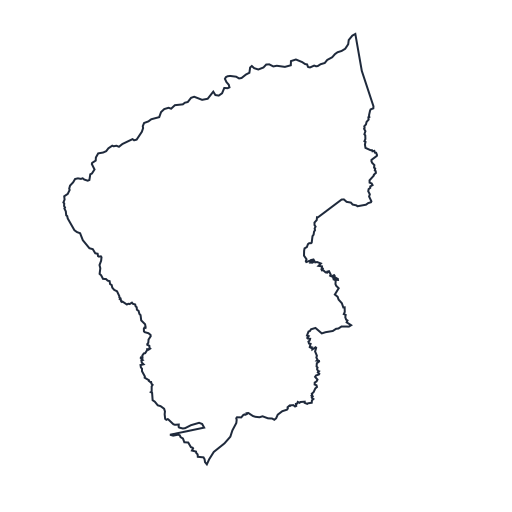 outline of Aripuanã, Mato Grosso, Brazil, rotated 71°
{"feature_id": "56859067B70029021148533", "entity_name": "Aripuanã", "entity_type": "district", "adm_level": 2, "iso_a3": "BRA", "parent_name": "Brazil", "parent_adm1": "Mato Grosso", "projection": "robinson", "projection_center": [-59.67, -10.104], "detail": "fine", "context": "isolated", "style": "outline", "palette": "slate", "viewbox_px": 512, "rotation_deg": 71, "n_neighbors": 0, "source": "geoboundaries", "source_scale": "gbopen_adm2", "svg_char_len": 6088}
<svg xmlns="http://www.w3.org/2000/svg" viewBox="0 0 512 512"><g transform="rotate(71 256 256)"><path d="M303.7,186.7L302.0,188.1L302.5,189.5L303.5,189.5L303.4,190.2L301.5,190.1L301.0,188.4L300.3,188.1L299.5,188.4L299.9,191.2L298.8,192.3L297.9,191.4L294.1,191.9L294.0,193.4L294.7,193.3L295.0,194.0L294.2,195.5L291.3,197.1L291.1,198.3L290.1,198.4L290.2,197.5L289.6,196.9L288.6,197.6L287.3,197.0L285.7,200.1L284.2,197.1L281.6,200.2L281.3,202.1L278.0,202.8L277.8,204.6L280.4,203.9L280.7,204.7L279.9,206.9L278.8,206.0L278.0,206.1L278.1,210.4L277.1,210.6L275.5,209.3L271.3,210.5L266.7,208.8L264.6,207.6L264.1,205.0L261.7,203.0L261.2,201.5L261.8,199.8L261.5,199.0L255.6,196.1L254.6,194.6L251.9,193.2L250.8,191.8L249.1,191.6L247.6,190.1L245.8,190.6L243.4,189.8L241.8,186.9L239.2,185.7L239.6,184.8L230.5,156.7L231.1,154.5L234.3,152.7L236.4,148.9L238.8,147.9L240.9,144.5L242.0,143.9L243.3,135.3L242.5,132.7L242.6,129.8L241.9,129.1L236.6,129.7L234.7,128.3L231.3,128.8L229.4,127.7L228.8,125.8L227.4,125.3L226.9,122.7L225.1,123.0L223.6,124.7L221.4,124.0L218.3,118.4L217.5,118.1L216.5,115.6L214.7,115.2L213.7,115.8L212.1,114.8L210.9,115.6L208.6,114.5L205.6,115.9L203.9,116.0L202.7,115.5L200.7,109.2L200.0,108.7L197.5,108.8L197.0,109.9L195.1,109.9L194.9,111.8L193.7,111.9L193.2,113.3L189.4,117.3L186.0,116.7L183.8,115.3L182.8,116.1L181.0,114.5L177.5,113.4L176.2,113.9L173.6,111.9L170.9,112.4L170.3,111.6L168.6,111.4L167.4,109.2L165.2,107.8L163.7,105.1L161.7,104.7L161.2,104.3L161.4,103.6L159.7,103.3L155.8,100.9L154.7,99.9L154.6,97.0L152.7,96.2L115.4,95.7L78.4,89.8L79.0,93.2L82.0,98.0L85.8,99.9L89.1,104.2L90.0,108.3L89.9,112.6L90.8,115.6L92.9,119.3L93.8,124.8L95.9,128.2L95.7,132.5L96.5,135.8L96.2,137.4L94.9,139.0L95.3,143.4L94.9,144.3L94.1,145.3L91.5,145.3L90.5,147.1L87.7,149.2L83.2,154.3L83.1,159.5L87.0,161.0L86.6,167.1L82.9,174.4L82.4,177.9L79.1,181.1L78.3,184.0L80.2,187.6L80.4,193.1L77.8,196.6L75.0,198.1L75.9,200.2L80.6,202.6L81.1,206.3L83.0,211.7L82.6,214.2L80.0,216.4L77.3,221.9L76.8,224.4L77.1,226.3L78.4,227.7L82.0,227.3L85.2,226.0L87.9,226.2L88.1,228.2L86.8,231.3L91.1,235.1L92.2,239.0L90.6,242.0L86.7,242.9L91.6,250.5L90.8,256.1L85.3,262.6L85.3,265.9L88.2,270.4L87.9,273.4L88.8,275.8L87.0,283.6L89.1,288.3L87.4,290.4L87.2,294.9L89.0,298.9L93.2,302.3L92.6,310.5L93.7,313.9L93.8,318.5L96.4,320.8L98.3,321.1L101.4,323.5L107.1,331.0L106.9,333.6L105.3,334.7L106.6,345.8L108.1,350.0L106.3,352.1L105.9,354.9L104.9,356.0L106.1,360.5L108.1,363.5L108.4,366.8L107.6,371.8L110.7,375.3L113.6,376.5L114.6,380.6L115.6,381.3L121.6,380.5L124.6,384.3L124.8,386.1L129.9,388.8L130.0,390.6L127.8,393.5L126.1,394.6L126.1,396.4L124.6,399.1L124.3,402.0L126.8,404.9L128.9,408.9L131.5,410.7L132.9,410.7L136.0,413.8L137.1,417.9L140.3,418.6L142.7,420.7L143.8,420.2L146.3,421.2L148.0,420.8L148.7,421.7L151.8,421.3L155.8,422.2L156.8,421.5L159.2,421.8L172.5,419.3L175.1,417.5L177.2,414.9L184.7,414.6L194.4,411.0L196.4,408.1L201.1,407.1L202.3,405.0L204.7,405.4L205.4,404.8L205.8,402.8L206.9,402.5L210.1,404.0L213.6,406.9L216.9,407.2L222.0,409.7L223.8,408.7L227.8,408.1L229.0,405.3L231.0,404.3L232.1,402.6L235.0,403.1L236.5,401.9L239.1,402.2L241.9,401.1L244.1,398.9L249.5,398.3L250.7,398.7L251.9,397.9L252.5,398.8L253.6,398.0L255.1,398.3L255.8,397.8L255.6,397.1L259.8,393.9L259.6,392.3L260.3,391.1L259.7,388.5L261.1,388.0L262.5,386.0L264.4,386.2L265.6,385.5L268.0,386.1L269.6,384.9L272.8,385.1L274.3,384.4L279.5,385.5L284.4,383.1L287.3,383.5L288.0,383.9L287.4,384.8L288.2,385.7L290.8,386.5L291.8,386.0L294.0,382.8L296.3,381.4L297.6,381.7L300.0,384.8L303.0,386.1L303.9,387.5L304.6,387.7L306.1,386.1L308.4,386.6L309.1,386.2L309.6,388.1L308.9,388.4L308.7,389.3L309.4,389.4L311.8,392.4L311.6,393.8L313.1,395.9L315.1,396.4L314.4,397.8L314.9,398.2L317.5,397.0L317.5,398.4L319.5,398.7L321.8,397.6L321.5,400.7L323.9,401.1L325.5,400.5L327.8,401.3L333.7,400.3L334.8,400.9L338.6,397.7L339.2,398.0L341.0,396.8L341.1,396.2L342.8,396.4L344.2,395.7L345.3,397.1L350.3,398.8L350.5,399.7L351.6,398.8L358.7,400.7L360.8,399.1L365.2,397.5L366.9,395.1L370.5,392.6L373.3,392.7L375.9,393.9L380.4,394.9L381.7,394.1L381.5,392.5L382.2,392.0L388.2,388.9L389.2,387.6L390.2,383.9L392.4,384.8L393.2,384.5L395.3,381.3L395.7,379.1L394.8,372.5L395.2,364.1L397.3,361.6L401.4,360.9L397.0,395.5L398.9,392.8L399.6,387.7L400.8,386.4L402.7,386.3L404.8,384.5L408.8,384.4L410.3,380.8L415.5,379.8L416.7,378.3L417.4,378.1L419.1,379.9L421.4,376.4L422.8,376.6L424.6,375.8L426.9,376.4L429.3,371.2L431.4,370.8L434.3,371.3L437.0,370.3L432.9,366.4L427.5,359.7L422.9,346.8L418.5,339.1L413.2,335.1L407.5,329.0L404.6,327.6L403.0,327.5L402.3,326.5L403.8,322.5L402.1,319.6L402.1,318.3L402.6,318.0L402.5,316.2L401.6,316.1L401.9,314.4L406.3,311.0L407.8,309.0L409.6,305.2L409.7,302.0L413.4,297.5L414.9,293.7L416.8,292.0L416.0,289.8L413.1,287.1L411.3,281.7L411.4,276.8L410.6,275.6L409.3,275.4L408.5,273.4L408.8,272.8L408.3,272.5L409.2,269.2L411.0,268.1L410.9,266.8L408.8,266.4L408.9,265.0L407.6,264.0L409.0,262.6L408.5,261.6L409.6,257.4L410.7,257.8L412.5,255.7L412.2,254.8L412.9,251.1L410.7,250.1L409.9,248.3L408.4,249.3L407.6,249.3L407.2,248.2L406.1,248.8L405.9,248.1L404.4,248.1L403.5,245.9L400.5,243.0L399.7,241.0L397.9,240.9L396.6,242.4L394.8,241.7L394.3,239.6L392.9,238.1L389.5,239.5L388.5,238.1L388.5,235.1L388.0,234.5L386.2,235.4L385.5,234.0L384.8,234.8L382.8,235.1L381.5,234.1L380.2,234.7L377.2,233.4L376.3,230.7L375.7,230.6L374.7,232.6L374.2,231.6L371.7,232.0L370.1,230.9L365.5,231.2L362.4,229.0L361.7,229.4L362.7,233.2L361.7,232.9L360.4,234.2L360.2,233.5L359.4,234.7L356.8,233.0L356.0,234.4L354.0,234.3L353.4,232.8L351.9,231.8L350.9,233.9L350.2,234.2L348.9,232.3L347.8,233.7L344.5,230.9L344.5,229.5L343.2,227.8L343.4,223.2L350.6,219.0L350.7,215.0L351.9,207.8L350.9,204.0L351.4,201.7L350.5,198.1L353.0,191.1L352.4,188.6L348.2,191.9L346.8,190.5L345.5,191.5L342.9,191.5L340.9,190.4L339.5,191.9L337.8,190.3L333.4,188.9L333.1,190.2L328.6,190.2L324.1,192.1L321.1,192.1L318.1,194.0L313.4,188.3L310.2,189.9L308.4,190.0L305.5,188.8L304.3,189.2L303.7,186.7ZM303.7,186.7L305.0,187.0L305.3,186.3L304.3,186.1L303.7,186.7Z" fill="none" stroke="#1e293b" stroke-width="2"/></g></svg>